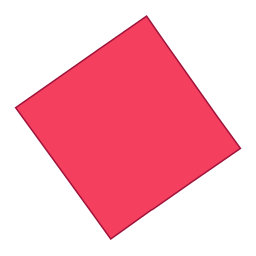 Delaware, Indiana, United States of America (Robinson projection), rotated 145°
{"feature_id": "52423323B36304879432203", "entity_name": "Delaware", "entity_type": "district", "adm_level": 2, "iso_a3": "USA", "parent_name": "United States of America", "parent_adm1": "Indiana", "projection": "robinson", "projection_center": [-85.432, 40.228], "detail": "fine", "context": "isolated", "style": "filled", "palette": "rose", "viewbox_px": 256, "rotation_deg": 145, "n_neighbors": 0, "source": "geoboundaries", "source_scale": "gbopen_adm2", "svg_char_len": 336}
<svg xmlns="http://www.w3.org/2000/svg" viewBox="0 0 256 256"><g transform="rotate(145 128 128)"><path d="M47.6,46.8L48.3,86.0L48.7,170.1L48.7,174.1L48.7,191.3L48.6,209.0L107.6,209.2L208.4,209.1L206.9,124.3L206.3,85.8L205.8,47.0L156.5,47.5L154.4,47.2L106.8,47.2L47.6,46.8Z" fill="#f43f5e" stroke="#9f1239" stroke-width="1.5"/></g></svg>